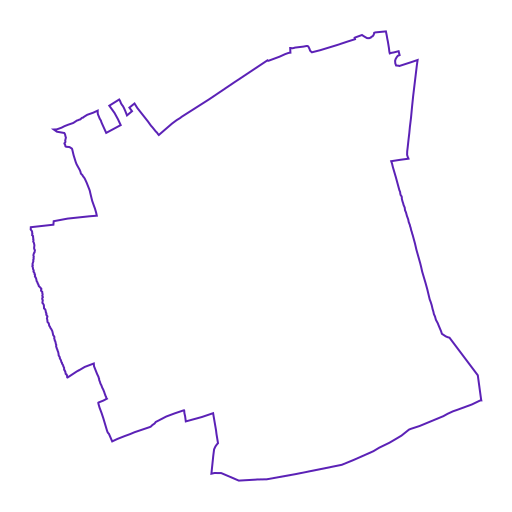 the district of Blagesti, Vaslui, Romania
{"feature_id": "2599482B88980175976939", "entity_name": "Blagesti", "entity_type": "district", "adm_level": 2, "iso_a3": "ROU", "parent_name": "Romania", "parent_adm1": "Vaslui", "projection": "orthographic", "projection_center": [27.999, 46.142], "detail": "fine", "context": "isolated", "style": "outline", "palette": "violet", "viewbox_px": 512, "rotation_deg": 0, "n_neighbors": 0, "source": "geoboundaries", "source_scale": "gbopen_adm2", "svg_char_len": 5787}
<svg xmlns="http://www.w3.org/2000/svg" viewBox="0 0 512 512"><path d="M481.3,400.4L481.1,399.5L477.8,375.3L449.5,337.7L447.7,337.2L445.8,336.4L441.9,333.8L441.1,331.3L438.4,324.9L437.8,323.3L435.9,319.8L435.0,316.5L433.9,314.1L433.4,311.7L432.6,309.1L431.7,305.2L430.7,302.0L429.7,299.4L427.3,289.4L425.6,283.2L422.2,271.7L421.1,266.8L420.2,263.2L416.4,249.7L415.0,243.6L413.8,239.2L412.7,235.1L412.2,233.7L411.8,232.0L411.2,230.3L410.6,227.6L410.1,226.3L409.9,225.1L408.7,222.0L408.2,219.4L406.9,215.9L406.0,212.5L405.0,210.2L404.7,207.6L403.5,204.8L403.2,203.4L402.7,202.0L402.2,200.3L401.8,198.5L401.8,197.1L401.5,196.2L400.8,195.4L400.3,193.8L400.2,192.6L400.0,191.6L399.4,190.3L395.9,177.4L392.9,167.2L392.0,163.5L391.2,161.2L400.2,159.8L408.5,158.7L408.4,158.3L407.9,157.4L407.1,154.9L407.2,151.3L407.7,147.2L408.4,140.7L409.3,133.0L409.9,126.8L411.0,117.8L412.1,106.2L413.2,95.7L416.9,64.9L417.6,60.0L411.1,62.2L399.3,66.0L398.5,65.7L396.1,65.5L395.3,63.4L395.1,60.8L395.6,59.1L396.7,57.2L397.8,55.8L399.6,55.1L398.6,51.2L393.5,52.5L391.6,52.8L389.8,53.4L389.4,51.9L388.9,47.9L387.9,41.7L387.3,38.8L386.7,35.3L385.9,31.4L375.3,32.4L374.2,32.8L374.1,33.6L373.5,35.1L372.6,36.3L371.4,36.8L370.8,37.6L369.1,38.2L367.0,38.1L363.6,36.1L362.0,35.0L355.1,37.5L354.6,37.8L355.0,39.2L347.4,41.6L336.9,45.1L320.2,50.2L311.9,52.3L310.4,51.0L310.0,50.4L309.5,48.9L308.7,47.2L308.2,46.4L307.3,46.0L306.5,46.0L303.4,46.6L295.0,47.6L293.8,48.0L292.1,48.3L290.8,48.0L290.2,48.0L290.4,52.7L289.8,52.7L288.3,53.0L285.2,54.1L279.5,56.7L268.7,60.7L268.1,60.8L267.5,60.3L234.2,82.4L209.0,99.4L181.8,116.7L180.0,118.1L176.7,120.1L172.0,123.6L158.8,135.0L158.1,134.2L156.9,132.5L155.8,131.5L152.6,127.5L150.9,125.6L147.9,121.4L137.4,108.1L134.5,103.5L129.4,107.6L132.0,111.2L127.0,115.4L125.2,110.8L123.9,107.9L122.8,105.9L121.9,104.8L121.0,103.3L120.0,100.8L119.2,99.5L109.3,105.7L114.5,112.9L118.0,119.3L120.7,125.1L106.2,132.9L102.0,123.6L101.4,122.2L100.9,120.6L99.7,118.6L98.7,116.1L98.0,114.5L97.8,113.7L97.7,112.4L97.7,110.6L93.2,112.7L87.2,114.8L83.7,117.0L83.1,117.6L82.1,117.8L81.5,118.2L81.0,118.8L80.1,119.5L79.3,119.6L78.4,120.1L77.0,120.5L73.2,123.0L68.2,124.7L64.4,126.2L61.5,127.7L56.7,129.4L53.8,129.5L56.9,131.7L64.3,133.0L65.0,134.2L65.5,136.4L65.9,137.6L65.2,140.5L65.4,141.7L65.2,142.5L64.4,143.3L64.6,144.0L65.1,144.7L65.4,146.2L65.6,146.5L66.5,146.8L69.2,147.0L69.9,147.3L71.9,148.6L72.2,149.3L73.6,155.2L75.7,162.0L76.6,164.3L79.8,170.1L80.5,171.9L80.8,173.2L81.0,173.7L82.4,175.1L83.1,176.4L84.2,177.7L84.9,178.9L86.7,182.8L89.5,189.9L89.9,191.2L90.2,192.7L91.5,198.1L92.2,200.9L94.0,206.0L95.0,208.7L96.1,212.5L96.8,215.7L89.3,216.3L67.6,218.6L53.7,221.2L53.4,224.7L30.8,227.2L30.7,229.5L31.9,231.1L32.2,232.1L32.1,233.1L32.4,233.7L32.1,235.1L32.5,235.5L32.9,235.8L33.1,236.2L33.0,236.8L33.3,238.4L33.1,239.1L33.5,239.9L33.4,240.8L33.2,241.5L33.9,242.9L34.4,245.2L34.1,248.0L34.2,248.8L34.9,250.2L34.5,252.5L34.1,252.8L33.8,253.7L33.6,254.2L33.5,254.7L33.4,255.5L33.8,256.8L33.7,257.2L33.5,257.7L33.7,258.9L33.2,259.9L33.4,261.1L32.9,262.7L32.5,263.9L32.5,264.3L32.8,265.3L32.4,265.9L32.3,266.1L32.8,267.2L33.0,268.9L33.7,270.5L33.7,271.1L33.5,271.4L33.5,271.7L34.3,272.8L34.6,273.3L34.5,274.1L34.9,274.5L35.1,275.0L34.9,276.1L34.9,276.4L35.3,276.8L35.4,277.4L36.0,278.1L36.2,278.9L36.7,281.3L37.2,282.0L37.5,282.4L37.6,283.1L37.8,283.7L38.3,284.3L38.4,284.5L38.4,284.9L38.7,285.4L38.8,286.1L39.7,286.9L40.1,287.4L40.5,287.7L40.8,288.2L41.3,288.7L41.4,289.0L41.0,290.1L41.1,290.8L42.2,291.7L42.2,292.2L42.3,292.5L42.3,293.3L42.6,294.0L42.6,294.9L42.3,295.4L42.3,295.9L42.9,297.1L42.8,297.4L42.3,298.0L42.2,298.5L42.2,299.0L42.8,300.2L42.6,300.9L42.6,301.6L42.4,302.4L42.4,302.8L42.5,303.1L43.0,303.5L43.8,305.0L43.9,305.5L43.9,306.3L44.0,307.0L44.0,308.3L44.2,308.6L45.0,309.2L45.5,310.1L45.6,311.0L45.8,311.6L45.8,312.0L45.9,312.5L46.4,313.3L46.4,313.6L46.2,314.1L46.4,314.6L46.4,315.0L46.8,315.3L47.0,315.9L47.4,316.3L47.4,316.7L46.9,318.4L47.3,319.8L47.5,321.9L47.7,322.3L48.6,323.1L48.9,323.9L49.2,325.7L49.9,326.6L50.4,327.9L51.1,328.8L52.2,330.9L52.5,331.9L53.1,334.7L53.3,335.4L54.1,336.3L54.3,336.7L54.4,337.4L54.2,338.1L54.2,338.4L54.6,339.4L54.8,340.7L55.2,341.1L55.4,341.7L55.9,344.2L56.3,345.0L56.1,346.1L56.2,346.8L56.6,347.6L56.8,348.7L57.3,349.4L57.5,350.5L58.1,351.8L58.5,353.6L58.7,355.5L59.0,356.0L59.4,356.5L59.8,357.3L59.8,357.8L59.8,358.3L60.9,360.2L61.4,362.1L62.0,362.8L62.0,363.5L62.3,363.9L62.4,364.3L63.1,365.2L63.3,366.3L64.1,367.8L64.1,369.7L64.4,370.1L64.8,370.4L64.9,371.1L65.3,371.6L65.4,372.4L65.6,373.1L65.6,373.5L65.7,373.9L66.0,374.2L66.4,374.3L66.7,374.6L66.7,375.0L67.1,375.8L67.1,376.3L67.2,377.3L67.4,377.5L67.6,377.5L76.7,371.5L78.6,370.4L78.7,370.5L84.8,366.9L93.8,363.5L94.0,366.2L97.1,374.0L98.5,376.9L98.7,377.9L99.1,378.6L99.1,379.5L99.3,380.3L100.0,382.0L100.4,383.5L101.4,385.4L101.8,386.5L102.2,387.6L103.2,389.5L104.2,392.0L104.7,393.6L105.2,394.8L105.4,395.7L106.0,396.6L106.3,397.9L106.9,398.7L103.3,400.6L98.5,402.5L98.3,402.7L98.4,403.6L99.5,407.5L101.6,413.1L103.3,418.2L107.0,430.6L107.6,432.2L108.1,433.0L108.9,433.8L112.2,441.4L117.5,438.9L124.6,436.1L130.1,434.1L134.6,432.2L149.7,427.1L150.8,426.6L152.3,425.1L154.6,423.5L155.7,422.0L166.3,416.5L174.6,413.4L183.8,410.3L184.1,410.3L184.2,410.6L184.4,413.1L185.1,416.2L185.8,421.4L201.9,417.0L213.1,413.2L216.0,430.1L216.5,434.1L218.0,443.2L216.8,444.5L215.4,446.5L214.1,449.3L213.3,455.5L211.4,473.7L214.5,473.0L221.3,473.1L238.8,480.6L256.2,479.6L256.8,479.5L266.7,479.3L295.7,474.1L341.8,464.8L354.0,459.8L373.4,451.2L379.2,447.7L389.5,442.7L397.5,438.0L401.5,435.6L409.0,429.6L410.7,428.9L419.6,426.0L441.8,416.8L443.3,416.2L447.6,413.8L453.0,411.3L456.8,410.0L471.8,404.5L479.7,400.7L480.6,400.4L481.3,400.4Z" fill="none" stroke="#5b21b6" stroke-width="2"/></svg>